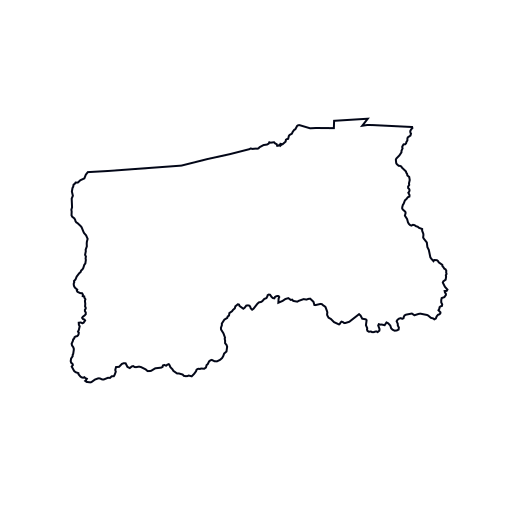 Tongaren, Western, Kenya, rotated 13°
{"feature_id": "3690345B81576383525982", "entity_name": "Tongaren", "entity_type": "district", "adm_level": 2, "iso_a3": "KEN", "parent_name": "Kenya", "parent_adm1": "Western", "projection": "albers", "projection_center": [34.939, 0.777], "detail": "fine", "context": "isolated", "style": "outline", "palette": "ink", "viewbox_px": 512, "rotation_deg": 13, "n_neighbors": 0, "source": "geoboundaries", "source_scale": "gbopen_adm2", "svg_char_len": 6073}
<svg xmlns="http://www.w3.org/2000/svg" viewBox="0 0 512 512"><g transform="rotate(13 256 256)"><path d="M88.1,277.2L88.0,280.0L88.2,281.7L89.0,284.7L88.6,288.2L89.1,289.7L89.2,293.3L90.4,294.8L90.5,296.7L91.1,298.1L91.4,301.7L90.7,303.1L90.4,306.6L89.9,308.1L88.9,309.5L88.7,311.1L87.6,312.6L85.9,316.4L85.4,319.5L84.3,321.3L84.8,322.5L84.6,323.7L84.9,325.1L85.7,326.6L86.9,327.7L89.4,329.0L89.2,330.1L90.2,331.1L93.1,331.7L94.9,331.4L96.0,332.5L96.2,334.1L97.7,334.0L98.2,335.3L99.5,336.5L99.4,338.2L100.4,341.0L100.8,343.6L101.6,344.5L101.9,345.6L101.4,346.9L101.7,348.2L102.8,349.3L103.2,351.0L102.5,352.3L100.9,354.2L100.5,355.4L101.7,356.4L103.1,356.5L104.0,357.3L103.0,359.8L102.0,360.6L100.2,360.2L98.3,360.9L98.9,362.9L100.0,364.1L100.0,367.9L99.6,369.8L100.6,370.6L100.7,372.1L100.5,373.2L99.8,374.3L98.2,375.1L97.4,376.1L97.4,377.4L96.6,378.4L96.7,379.7L96.1,383.0L96.9,384.6L98.5,386.0L99.4,387.5L99.6,388.7L99.9,392.5L99.6,393.6L99.9,394.9L98.9,397.5L99.1,400.1L99.9,401.6L101.3,402.2L102.1,403.4L101.3,405.2L104.7,409.0L106.4,409.8L109.3,410.1L109.7,411.2L112.1,413.0L113.5,413.5L115.0,413.5L116.0,412.7L117.2,413.4L118.8,413.7L118.4,415.1L117.7,416.1L119.3,416.8L123.0,416.4L124.0,415.9L126.9,412.6L129.8,410.7L131.4,410.4L133.9,410.9L135.4,410.6L139.1,408.0L141.2,407.6L142.4,405.7L144.5,405.1L145.0,403.5L145.4,400.3L144.5,398.7L144.6,395.7L147.5,394.8L149.6,391.3L151.3,390.2L153.1,389.9L155.7,393.0L158.2,393.6L159.9,391.5L161.1,390.9L162.7,391.5L164.1,391.3L166.9,390.1L169.0,390.1L174.0,391.3L176.2,392.5L178.7,391.9L179.7,391.4L183.1,388.1L188.7,386.1L189.9,385.1L189.9,383.6L191.2,382.8L193.1,383.1L194.0,381.9L195.3,381.0L196.3,381.8L197.6,383.6L200.1,385.2L201.3,386.5L205.5,388.2L207.4,387.8L211.2,388.0L212.6,389.0L214.6,388.9L216.3,388.4L217.3,387.6L220.4,387.7L222.2,384.8L223.5,381.8L223.6,380.4L224.3,379.4L225.4,378.8L226.8,378.7L227.8,378.0L230.9,377.5L232.3,375.9L232.4,373.4L233.3,372.2L234.0,369.2L235.1,367.9L236.3,367.2L239.3,367.9L241.7,367.4L244.3,365.3L245.9,363.1L246.6,360.9L246.9,358.2L248.7,355.7L248.3,350.9L247.3,349.3L245.5,347.9L244.9,345.3L244.1,343.7L244.2,342.6L241.7,338.7L238.5,335.5L238.0,333.9L238.3,331.0L237.9,329.5L239.5,325.1L241.9,322.8L242.0,321.3L243.1,320.1L242.9,317.6L245.1,315.2L245.7,313.7L247.1,311.8L247.2,309.7L249.2,307.1L250.4,307.2L251.2,308.4L255.5,310.2L256.5,309.1L257.7,306.5L259.3,305.9L260.8,305.9L261.8,306.8L262.7,308.2L264.3,309.2L265.4,308.0L268.1,302.2L269.3,300.5L271.2,299.7L272.3,298.6L273.7,296.0L275.6,294.7L276.1,293.0L276.2,291.5L277.1,290.7L278.4,290.6L280.4,292.4L281.9,293.2L283.4,293.1L283.7,291.7L284.5,290.9L285.7,290.2L287.0,290.0L287.9,290.8L287.6,292.3L288.3,296.5L292.0,293.8L294.3,291.3L297.0,289.8L299.8,291.0L301.1,290.4L302.4,291.4L306.5,291.2L307.7,290.1L312.1,287.3L315.0,287.1L316.7,286.0L318.4,285.4L322.3,287.7L323.9,290.6L325.1,290.4L329.6,288.2L331.0,288.1L332.6,289.0L334.1,289.5L335.2,290.1L337.8,294.1L338.3,295.3L338.3,296.6L338.8,297.8L340.6,299.8L343.1,300.5L346.9,302.9L352.3,304.0L353.1,303.0L353.4,301.7L354.1,300.7L355.7,300.9L357.0,301.5L358.1,301.2L361.7,299.1L369.5,289.5L371.3,290.5L373.6,293.2L377.2,293.0L378.2,293.7L378.7,298.7L380.6,301.3L380.7,302.7L381.5,303.9L383.1,304.4L384.9,303.7L386.2,304.1L387.9,303.7L389.2,302.8L390.4,302.4L391.6,302.8L393.0,301.0L392.8,299.4L390.7,296.2L391.0,294.8L392.6,294.9L393.9,294.5L396.9,294.5L398.1,291.4L399.8,291.8L401.4,292.8L402.5,293.6L404.0,296.1L405.7,297.1L407.9,297.6L409.9,296.9L411.5,295.6L411.3,293.6L409.8,291.8L409.4,290.2L407.7,287.9L408.2,286.4L409.4,284.9L411.0,284.0L412.6,284.3L413.7,283.5L413.7,282.1L414.1,280.5L415.4,279.4L420.8,277.0L423.7,278.1L427.4,275.9L429.1,275.2L436.0,275.0L437.2,275.3L440.3,276.9L442.8,277.0L444.0,277.6L445.3,276.4L445.6,274.3L446.5,272.4L447.9,271.5L448.5,270.5L448.4,269.4L446.0,267.8L446.5,266.2L446.4,264.6L447.1,263.6L448.4,262.8L448.3,261.2L446.9,259.5L446.4,257.2L446.4,255.2L448.8,253.7L449.8,251.2L449.5,250.1L448.3,249.0L447.7,247.7L449.6,247.1L450.1,245.7L447.0,243.5L444.0,239.9L444.2,238.6L446.1,236.4L445.9,233.5L445.3,232.0L445.7,230.6L445.0,229.3L444.7,227.5L443.6,226.3L442.3,226.0L441.3,224.9L440.0,224.0L439.5,222.7L435.5,221.1L434.5,220.0L433.2,219.4L430.6,219.8L430.1,221.1L427.4,219.2L426.2,218.1L423.0,211.2L421.0,208.8L419.4,204.4L415.4,201.2L414.7,200.3L414.4,197.8L413.9,196.5L412.2,194.0L411.8,192.3L408.5,191.9L407.0,191.1L405.2,191.0L403.6,190.3L401.9,190.3L400.6,191.4L399.2,191.2L397.7,190.3L396.5,189.0L394.9,186.0L392.0,183.2L392.1,180.4L391.5,179.3L388.6,177.7L387.8,176.9L387.5,175.6L387.6,173.1L388.1,171.9L388.6,168.3L389.8,166.6L390.7,164.6L392.1,163.6L391.9,162.1L390.2,160.1L390.8,158.8L390.8,157.3L390.2,156.3L389.0,155.6L388.6,154.1L389.3,152.3L388.7,150.8L388.7,147.4L387.5,144.5L385.4,143.5L384.7,141.9L383.7,141.1L383.1,139.9L378.4,137.1L377.4,136.1L376.0,135.8L374.7,136.0L372.5,134.8L371.7,133.9L370.6,130.7L370.8,129.5L373.1,125.7L374.4,122.3L374.1,120.8L374.6,118.1L373.9,116.9L374.2,115.4L374.7,114.0L376.2,113.6L376.9,112.4L376.9,111.0L377.5,109.4L377.1,107.5L377.2,106.3L379.4,103.9L379.5,101.9L378.7,101.1L378.2,99.6L378.7,97.7L379.6,96.2L379.1,95.2L340.1,102.2L335.0,103.3L330.2,105.2L334.0,97.1L301.7,106.7L303.1,113.9L285.6,117.8L280.0,119.4L269.0,118.7L267.7,119.1L266.8,120.0L265.8,123.7L264.9,124.4L263.9,126.6L263.4,128.8L261.5,130.5L261.0,131.6L261.0,134.6L259.9,135.1L259.0,136.0L259.1,137.9L256.7,141.2L255.1,141.2L255.5,142.2L254.8,143.2L253.8,142.4L253.1,143.4L251.9,143.9L251.0,142.4L249.3,142.0L248.0,141.1L244.8,142.3L243.4,142.2L243.1,143.6L241.7,144.9L238.4,146.2L235.0,149.2L234.2,150.6L233.0,151.2L231.6,151.4L228.3,152.5L226.7,152.4L225.5,153.4L207.7,162.6L187.2,172.3L163.0,184.7L92.2,206.6L73.3,212.1L71.9,215.0L71.3,219.0L67.8,221.7L66.0,224.4L65.0,224.8L63.7,225.0L63.3,226.2L62.2,227.5L62.3,229.6L61.9,231.0L62.1,234.6L64.0,238.5L63.5,241.5L65.8,249.9L65.7,252.5L66.4,254.2L67.1,257.9L68.1,259.1L70.5,260.2L71.7,261.5L72.3,262.7L73.4,263.7L74.7,264.1L78.3,266.2L79.6,267.2L82.4,271.2L83.3,272.3L85.8,274.1L88.1,277.2Z" fill="none" stroke="#020617" stroke-width="2"/></g></svg>